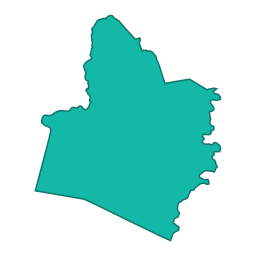 Tanhaçu, Bahia, Brazil
{"feature_id": "56859067B85433872585656", "entity_name": "Tanhaçu", "entity_type": "district", "adm_level": 2, "iso_a3": "BRA", "parent_name": "Brazil", "parent_adm1": "Bahia", "projection": "albers", "projection_center": [-41.159, -14.129], "detail": "fine", "context": "isolated", "style": "filled", "palette": "teal", "viewbox_px": 256, "rotation_deg": 0, "n_neighbors": 0, "source": "geoboundaries", "source_scale": "gbopen_adm2", "svg_char_len": 3413}
<svg xmlns="http://www.w3.org/2000/svg" viewBox="0 0 256 256"><path d="M170.6,240.6L171.0,238.8L172.0,236.7L172.4,235.0L173.1,233.7L175.1,231.8L177.5,230.9L178.8,229.7L179.0,228.0L178.6,226.5L176.9,225.7L174.9,224.2L173.3,222.9L173.7,221.1L174.0,219.1L175.5,217.9L178.0,217.0L178.6,215.6L179.5,213.2L178.0,211.2L177.4,208.8L177.8,206.2L178.0,204.3L178.6,202.9L180.3,202.1L182.1,200.6L183.6,199.7L185.6,199.0L187.2,198.1L188.3,196.2L188.8,194.1L190.0,192.2L191.0,190.5L192.5,190.2L194.0,189.8L194.8,188.1L196.0,187.0L197.5,186.1L198.7,185.0L200.2,183.9L202.3,183.3L203.9,183.2L205.3,183.5L206.9,184.4L208.9,183.9L208.7,181.0L207.9,179.4L206.3,179.5L204.7,179.7L202.9,179.3L201.5,178.2L200.2,177.9L199.3,176.5L199.5,174.7L201.0,173.9L202.5,172.4L204.0,171.3L205.6,170.8L206.9,170.6L208.3,170.8L209.8,171.1L212.2,171.3L214.0,172.1L215.1,170.7L215.6,168.6L216.6,167.8L217.3,166.6L216.6,165.4L215.8,164.0L215.5,162.1L214.7,160.3L212.7,159.0L212.0,157.2L212.5,155.9L214.2,154.9L213.5,153.5L214.3,151.9L215.8,151.6L217.7,151.8L219.1,151.7L220.4,150.3L220.5,148.2L219.9,145.9L218.4,144.4L216.3,142.9L214.2,142.5L212.7,144.2L211.1,144.9L209.3,144.0L206.5,144.2L204.3,143.9L202.7,142.9L202.1,141.2L203.1,140.1L204.2,139.2L203.7,137.6L202.5,136.4L202.6,134.9L204.1,134.5L205.9,134.5L207.4,134.6L209.3,134.7L211.1,133.3L210.7,131.1L212.4,130.6L213.7,129.7L214.0,127.8L213.7,126.4L212.2,125.7L210.6,125.0L209.7,123.2L210.1,120.7L210.7,118.9L210.0,116.8L209.7,114.3L209.3,111.9L211.3,111.3L212.9,110.7L213.8,109.6L213.8,107.8L212.9,106.4L211.1,103.9L210.2,101.8L211.1,100.2L212.7,99.7L215.1,100.1L216.9,100.2L219.2,99.9L220.7,98.9L220.4,97.3L219.5,95.9L218.3,94.4L216.1,93.9L214.1,93.4L213.3,91.9L214.4,90.4L216.7,88.9L214.3,88.2L212.8,88.3L211.0,88.9L208.8,89.1L207.3,89.9L189.5,79.2L178.2,81.1L164.9,83.4L158.9,64.5L157.7,61.6L156.6,59.5L156.0,56.9L155.1,55.1L153.7,54.1L152.8,52.5L150.6,51.0L148.3,51.3L146.8,50.4L145.1,50.3L143.7,50.4L142.4,50.9L141.5,49.6L140.9,48.2L140.4,46.2L139.5,44.6L139.4,43.1L139.9,41.3L140.3,39.7L139.8,38.1L137.5,38.7L135.1,39.1L132.2,36.0L123.2,26.0L121.1,23.6L120.1,22.3L119.2,21.0L117.8,20.2L116.7,19.4L115.1,18.6L113.6,17.6L112.8,16.1L111.1,15.4L109.3,15.8L107.9,16.4L106.8,17.7L105.5,18.7L104.0,18.3L102.3,18.8L100.1,19.5L98.4,19.9L97.0,21.3L95.4,23.8L94.2,26.2L92.9,27.8L91.8,28.9L92.1,30.3L92.4,31.6L92.3,33.4L91.3,34.8L91.6,36.8L91.8,39.0L91.9,40.5L92.3,41.9L92.4,43.3L92.1,44.6L91.8,46.4L92.5,47.9L91.4,48.7L91.4,50.1L91.1,51.7L90.9,53.4L90.0,54.8L91.1,56.9L91.6,58.3L90.8,59.6L88.4,60.5L87.3,61.4L85.4,63.0L84.6,64.4L83.7,65.8L84.1,67.8L84.9,70.4L86.0,72.0L85.5,74.5L85.1,76.5L85.2,78.4L86.5,80.5L88.3,81.0L87.9,83.2L88.6,85.2L88.5,86.9L88.5,88.8L87.0,88.7L85.7,90.3L87.5,91.8L87.8,93.9L89.7,95.6L90.3,97.2L89.9,99.1L89.5,100.9L91.1,102.1L89.7,104.0L89.1,106.0L88.4,107.3L87.3,108.8L85.8,110.0L83.9,109.0L82.6,107.8L81.6,106.3L79.7,106.0L77.6,107.6L75.8,108.3L74.0,107.3L72.0,107.6L70.7,109.2L69.4,110.7L67.6,111.1L65.3,111.1L63.5,110.8L61.8,110.6L60.0,110.7L57.2,111.4L54.9,112.6L52.7,114.4L50.4,115.5L48.6,115.6L47.2,115.4L45.3,115.2L43.6,115.9L42.5,117.6L42.2,119.0L41.6,120.5L41.7,122.6L43.4,124.3L44.7,125.2L46.3,126.2L48.6,126.8L50.2,128.1L51.0,130.0L49.1,138.5L38.0,180.6L35.7,189.2L35.3,190.8L39.1,191.5L41.3,191.8L55.9,194.3L59.0,194.9L61.4,195.2L84.2,199.2L96.9,205.1L114.8,213.9L124.6,218.7L161.4,236.5L170.6,240.6Z" fill="#14b8a6" stroke="#0f766e" stroke-width="1.5"/></svg>